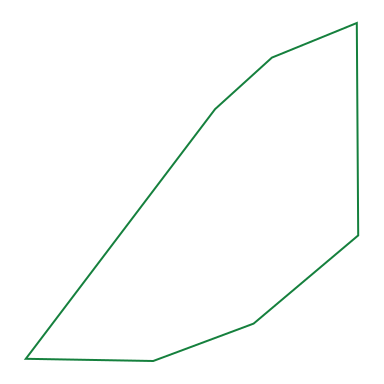 the District of West End
{"feature_id": "AIA-5127", "entity_name": "West End", "entity_type": "District", "adm_level": 1, "iso_a3": "AIA", "parent_name": "Anguilla", "parent_adm1": "", "projection": "natural_earth1", "projection_center": [-63.137, 18.189], "detail": "fine", "context": "isolated", "style": "outline", "palette": "green", "viewbox_px": 384, "rotation_deg": 0, "n_neighbors": 0, "source": "natural_earth", "source_scale": "10m", "svg_char_len": 220}
<svg xmlns="http://www.w3.org/2000/svg" viewBox="0 0 384 384"><path d="M358.2,235.4L253.6,323.6L153.2,361.0L25.8,358.8L215.1,109.1L271.9,57.6L356.8,23.0L358.2,235.4Z" fill="none" stroke="#15803d" stroke-width="2"/></svg>